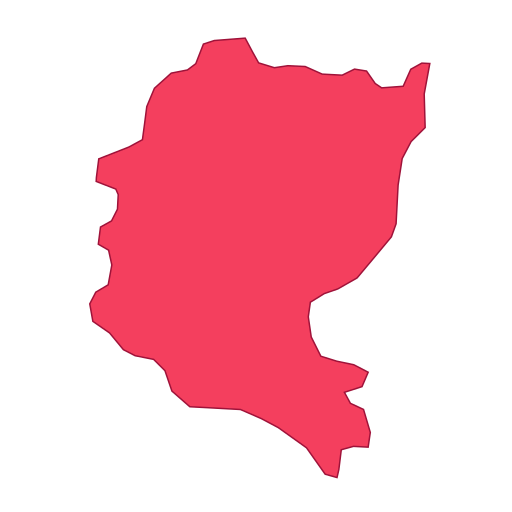 Boeun-gun, North Chungcheong, South Korea, rotated 273°
{"feature_id": "91817680B36624004409046", "entity_name": "Boeun-gun", "entity_type": "district", "adm_level": 2, "iso_a3": "KOR", "parent_name": "South Korea", "parent_adm1": "North Chungcheong", "projection": "orthographic", "projection_center": [127.726, 36.48], "detail": "fine", "context": "isolated", "style": "filled", "palette": "rose", "viewbox_px": 512, "rotation_deg": 273, "n_neighbors": 0, "source": "geoboundaries", "source_scale": "gbopen_adm2", "svg_char_len": 1159}
<svg xmlns="http://www.w3.org/2000/svg" viewBox="0 0 512 512"><g transform="rotate(273 256 256)"><path d="M322.1,92.5L315.5,112.5L310.1,115.2L295.5,115.2L283.5,109.9L276.8,99.2L259.5,97.9L254.1,108.5L239.5,112.5L219.5,109.9L211.5,97.9L199.5,92.5L182.2,96.5L171.5,113.8L155.5,128.5L150.1,140.5L147.4,159.2L136.7,171.1L116.7,179.1L102.0,197.8L102.0,215.1L101.9,248.5L93.9,269.8L85.8,287.2L67.1,316.5L41.7,336.5L39.0,348.5L47.0,349.9L67.0,351.3L71.0,363.3L71.0,378.0L85.0,379.3L85.7,379.4L108.4,371.4L113.8,358.0L124.5,351.4L131.1,368.7L145.8,374.1L152.5,359.4L155.2,342.1L159.3,326.0L178.0,315.4L198.0,311.4L212.7,312.7L222.0,326.1L227.4,339.4L239.4,358.1L260.8,374.2L282.2,390.2L295.5,394.2L334.3,394.2L361.0,396.9L378.4,404.9L393.1,418.2L426.6,415.5L457.3,419.5L457.3,411.5L450.6,400.8L433.2,394.1L430.5,372.7L434.5,366.0L446.5,356.7L447.8,344.6L441.1,332.6L441.1,312.6L447.8,295.2L447.7,277.9L445.0,264.5L449.0,248.5L459.7,241.8L473.0,233.8L469.0,203.1L464.9,192.4L444.9,185.8L438.2,177.8L434.2,161.8L418.2,145.8L399.5,139.1L382.2,137.8L366.2,136.5L358.1,123.2L344.8,93.9L326.1,92.5L322.1,92.5Z" fill="#f43f5e" stroke="#9f1239" stroke-width="1.5"/></g></svg>